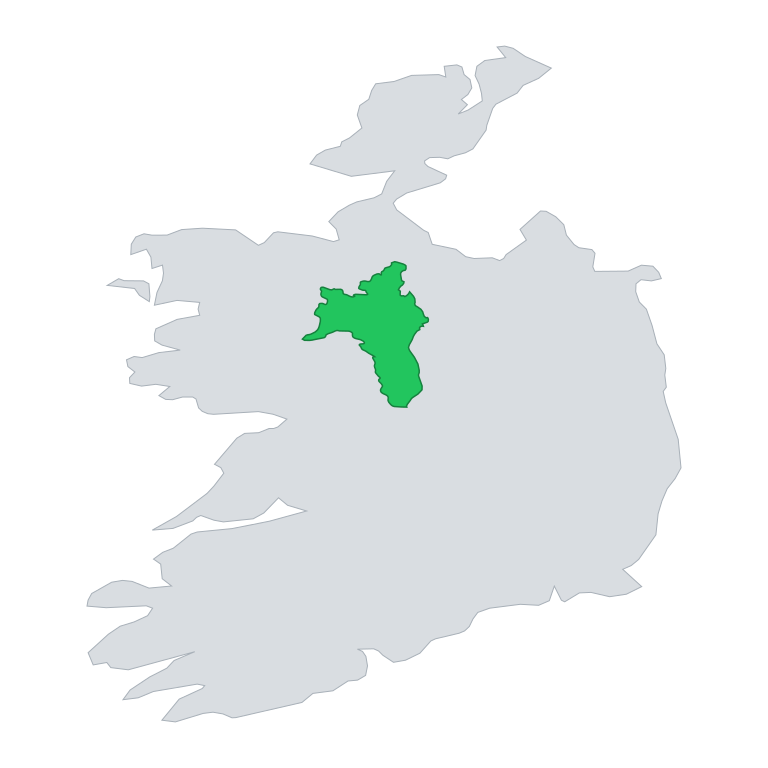 where Roscommon sits in Ireland
{"feature_id": "IRL-727", "entity_name": "Roscommon", "entity_type": "County", "adm_level": 1, "iso_a3": "IRL", "parent_name": "Ireland", "parent_adm1": "", "projection": "natural_earth1", "projection_center": [-8.318, 53.695], "detail": "fine", "context": "in_parent", "style": "filled", "palette": "green", "viewbox_px": 768, "rotation_deg": 0, "n_neighbors": 0, "source": "natural_earth", "source_scale": "10m", "svg_char_len": 7792}
<svg xmlns="http://www.w3.org/2000/svg" viewBox="0 0 768 768"><path d="M517.1,93.1L495.9,104.2L492.7,108.4L486.8,125.3L486.1,130.1L472.9,148.9L465.4,152.8L454.2,155.8L447.8,158.8L439.8,157.3L429.6,157.6L424.6,160.9L424.8,163.5L427.9,166.5L446.7,175.2L445.6,178.8L440.3,182.8L406.7,193.0L396.6,199.1L393.2,203.2L396.7,209.9L423.7,230.3L428.2,232.5L432.2,244.3L456.0,249.3L465.7,256.7L474.1,258.5L492.3,257.8L499.6,260.6L503.7,258.5L506.1,254.6L526.4,240.1L520.0,229.4L540.5,211.0L546.1,211.3L555.8,216.8L563.8,224.7L566.4,235.1L574.0,244.5L578.8,247.7L591.9,249.6L595.0,253.3L592.8,266.9L594.8,271.4L628.1,271.1L641.4,265.2L652.9,266.2L658.7,272.3L661.3,278.6L651.4,280.9L641.0,279.7L636.0,283.8L635.7,291.7L639.3,302.0L646.4,309.2L652.1,325.6L656.9,343.8L664.2,354.8L665.8,368.4L664.8,375.1L666.3,387.2L663.2,391.4L665.7,402.8L678.2,439.3L681.0,467.9L675.1,478.6L667.2,488.7L662.0,500.8L658.1,513.8L655.9,534.8L638.7,559.4L631.3,565.5L622.7,569.3L641.7,586.6L626.4,594.2L609.6,596.7L591.0,592.4L579.4,592.9L564.7,601.8L561.4,600.2L554.3,586.1L549.3,600.7L538.6,605.3L520.3,604.3L489.6,608.2L477.8,612.4L473.0,618.9L469.3,626.5L464.6,630.9L459.2,633.2L435.5,638.8L430.8,641.0L419.9,653.2L405.5,660.2L393.5,662.3L382.9,655.3L378.6,651.0L373.7,648.8L357.4,649.2L362.5,651.4L365.9,656.4L367.5,665.9L365.6,675.4L357.6,680.1L348.0,681.0L332.9,690.8L312.9,693.4L302.0,702.4L235.8,717.6L232.0,717.8L222.9,713.9L213.0,712.2L203.2,713.4L175.4,721.9L161.9,720.2L179.2,699.1L202.3,688.5L204.7,685.6L197.2,684.1L153.4,691.5L138.2,697.8L123.0,699.7L130.1,690.0L149.8,676.9L166.8,668.2L174.1,660.5L194.8,651.7L128.3,669.8L110.8,667.6L106.8,662.5L93.2,664.9L88.1,652.7L108.4,634.2L120.2,626.2L134.2,621.9L147.6,615.7L152.6,608.2L146.3,605.8L106.2,607.7L87.0,606.1L88.1,600.1L91.7,593.5L111.7,582.2L122.5,580.4L132.1,581.4L149.0,588.1L171.6,586.0L162.2,578.7L160.7,564.1L153.5,559.1L162.8,552.3L173.3,548.2L191.0,534.1L197.2,532.0L232.0,528.6L269.4,521.2L306.6,511.0L287.6,505.3L278.5,497.8L263.8,513.0L253.2,518.8L223.4,521.9L214.0,520.2L200.8,515.5L196.6,517.3L192.8,520.9L173.0,528.4L152.3,530.1L176.5,516.5L207.2,493.3L214.0,486.0L223.8,473.2L220.8,467.6L214.5,464.3L236.8,438.2L244.6,433.4L258.7,432.7L269.1,428.5L273.7,428.5L277.8,427.0L286.9,419.1L272.9,414.2L258.4,411.6L213.6,414.3L207.8,413.7L202.2,411.3L198.6,407.9L196.0,399.0L192.7,397.0L182.6,397.0L172.6,399.7L165.7,399.4L158.9,395.6L169.8,386.5L155.8,384.3L141.6,386.1L129.8,383.4L129.5,377.7L134.9,372.0L127.9,366.6L126.5,359.8L134.1,356.5L142.2,357.6L158.9,352.6L180.2,350.1L162.0,345.1L154.7,340.9L154.4,334.4L155.9,328.8L177.1,319.4L199.7,315.3L198.1,309.1L199.7,302.4L177.0,300.4L154.4,305.2L157.0,292.4L162.4,280.8L163.5,273.2L162.5,265.1L152.0,268.5L150.9,257.1L146.4,249.2L130.8,254.6L131.3,244.2L135.8,237.0L144.0,233.8L152.1,235.2L167.1,235.1L181.6,229.6L202.4,228.2L235.6,229.9L258.4,245.3L264.3,242.6L273.5,232.8L277.8,231.8L312.2,236.0L333.5,241.6L339.2,239.8L336.2,229.1L328.8,221.6L338.1,211.8L349.3,205.2L356.8,201.9L374.1,197.8L381.7,193.9L386.7,181.3L394.7,170.8L351.3,176.3L310.0,163.9L316.6,155.1L325.3,150.1L340.3,146.3L341.8,141.8L349.4,138.0L361.9,128.0L357.3,115.0L359.8,105.5L368.8,99.3L371.7,90.4L375.7,83.8L394.0,81.5L411.6,75.4L438.8,74.6L445.8,77.0L444.2,66.3L456.9,64.9L461.9,67.0L464.1,74.6L470.0,79.5L471.8,87.9L467.9,94.5L461.4,99.5L467.4,104.7L458.2,114.0L468.2,110.0L482.3,100.9L481.5,93.4L479.1,84.1L475.1,75.6L476.9,66.3L484.8,60.5L505.7,57.6L497.1,47.0L504.7,46.1L513.1,48.3L525.3,56.5L551.3,68.1L538.7,78.3L523.1,85.4L517.1,93.1ZM149.9,296.6L149.3,301.6L139.4,295.3L134.6,288.5L107.2,285.4L118.7,278.7L124.2,280.7L143.5,280.9L148.9,283.8L149.9,296.6Z" fill="#d9dde1" stroke="#a8b0b8" stroke-width="1"/><path d="M420.5,391.4L418.0,394.0L412.4,397.7L411.3,398.8L410.2,400.5L407.3,404.3L406.5,406.1L406.8,407.1L402.0,407.0L394.2,406.5L392.7,406.0L391.7,405.4L390.7,404.5L388.9,402.4L388.3,401.2L388.0,400.2L388.2,398.2L388.2,397.8L388.2,397.3L387.7,396.2L386.9,395.5L385.8,394.8L383.3,393.7L382.0,392.9L381.1,392.1L380.6,390.9L380.5,390.1L380.7,389.3L381.3,388.2L382.3,386.6L382.5,386.0L382.3,385.4L381.7,384.3L381.2,383.6L379.2,381.6L378.7,380.8L378.7,380.0L378.9,379.4L379.9,378.6L380.2,378.2L380.1,377.7L379.7,377.3L378.2,376.0L376.7,374.1L376.2,373.6L375.8,373.0L375.4,372.3L375.4,371.6L375.6,370.3L375.5,369.6L375.2,368.5L374.8,367.7L374.5,366.6L374.4,365.9L374.5,365.2L375.1,363.4L375.1,362.9L375.0,362.4L374.7,361.5L372.8,358.2L372.7,357.6L372.9,357.1L373.4,356.8L374.6,356.7L373.9,356.1L369.0,353.4L365.7,351.1L362.5,349.6L361.7,348.8L361.3,348.0L361.1,347.4L360.7,346.7L359.3,345.1L359.4,344.5L359.9,344.2L360.6,344.0L363.3,343.8L364.1,343.5L364.4,343.1L364.3,342.5L364.0,342.0L363.6,341.5L363.0,341.0L360.5,339.7L359.4,339.4L355.9,338.6L354.4,338.0L353.3,337.3L352.9,336.8L352.6,336.2L352.5,335.6L352.4,335.0L352.5,333.4L352.2,332.8L351.5,332.2L350.4,331.6L349.5,331.3L348.7,331.1L339.5,330.9L337.8,330.5L336.8,330.5L335.6,330.8L332.4,332.3L327.9,333.8L326.7,334.5L325.9,335.1L325.8,335.8L325.5,336.5L325.1,337.0L324.7,337.4L324.0,337.7L313.4,339.8L312.7,340.0L309.7,340.4L304.5,340.3L302.4,339.1L306.1,335.3L308.0,334.7L308.8,334.7L309.6,334.5L311.0,334.1L314.8,332.2L315.3,331.9L317.6,329.8L318.4,328.4L319.2,326.4L320.3,321.6L320.4,319.6L320.3,318.2L320.0,317.7L319.6,317.2L319.1,316.8L314.7,314.5L314.6,313.7L314.8,312.5L315.9,310.2L316.8,309.0L318.0,307.9L318.6,307.2L318.9,306.2L318.9,304.7L319.2,304.1L319.7,303.6L320.9,303.4L321.9,303.4L322.8,303.5L324.8,304.4L325.6,304.5L326.4,304.2L327.0,303.4L327.5,301.5L327.5,300.4L327.4,299.5L326.9,299.1L322.3,296.9L321.9,296.5L321.5,296.1L321.2,295.5L321.0,294.8L320.9,294.2L321.0,293.5L321.6,291.1L321.3,290.6L320.5,289.6L320.4,288.9L320.6,288.3L321.1,287.5L322.1,287.2L323.5,287.3L330.0,289.7L331.7,289.9L334.1,288.8L335.3,289.4L336.0,289.4L340.5,289.3L341.3,289.5L341.9,289.8L342.4,290.3L342.7,290.8L342.9,291.5L343.1,292.9L343.2,293.5L343.7,293.9L344.3,294.3L346.6,294.7L349.6,296.2L351.0,296.7L351.9,296.9L352.8,296.9L353.6,296.8L354.3,296.5L354.7,296.2L354.4,295.7L353.9,295.6L353.5,295.3L353.8,294.9L354.4,294.6L355.8,294.3L366.7,294.8L367.3,294.6L367.7,294.2L367.4,293.5L366.5,292.6L366.2,292.0L366.0,291.4L365.8,290.8L365.3,290.4L364.6,290.3L362.9,290.2L362.2,290.0L359.4,288.9L359.0,288.6L358.8,288.4L358.7,288.1L358.9,287.4L359.1,286.6L360.3,284.7L360.4,283.7L360.3,282.9L360.4,282.3L360.9,281.8L363.2,281.1L364.5,281.0L365.6,281.1L367.3,281.5L368.1,281.6L369.7,281.4L370.1,281.0L370.7,280.4L371.5,278.8L372.2,276.9L372.9,276.0L374.1,275.2L376.9,274.0L378.3,273.8L379.3,273.9L380.3,274.7L380.8,274.9L381.3,274.8L381.4,273.9L381.3,273.2L381.3,272.6L381.7,271.8L383.1,271.0L383.9,270.2L384.5,268.9L385.0,268.1L386.4,267.6L389.0,266.9L390.4,266.2L390.9,265.5L391.6,264.6L391.5,262.9L394.7,261.7L397.1,262.2L403.4,264.1L405.1,265.0L406.0,265.9L406.0,268.1L406.0,268.8L405.7,269.4L405.4,269.9L405.0,270.3L403.5,270.5L401.8,271.5L400.7,272.9L400.6,274.8L401.5,279.9L401.9,280.8L404.0,281.8L403.7,283.3L402.7,284.7L402.1,285.3L401.2,285.8L399.4,287.8L398.4,289.8L399.8,290.7L400.3,291.3L400.1,294.2L400.3,295.3L401.3,295.9L403.8,295.8L404.8,296.6L406.5,295.7L407.9,294.5L408.9,293.2L409.6,291.8L413.5,296.3L414.8,298.8L415.1,302.4L414.7,303.5L415.0,305.0L415.6,305.8L417.8,307.1L419.3,308.2L420.9,309.3L422.7,311.8L423.4,314.2L424.3,316.4L426.2,317.9L427.2,317.5L428.0,318.1L428.4,319.6L428.1,321.5L427.2,322.2L422.4,323.9L422.8,324.6L423.4,326.3L422.1,326.1L421.1,326.4L420.3,326.8L419.7,327.4L419.5,328.0L419.7,328.9L419.8,329.6L417.0,331.1L414.5,334.4L413.3,336.6L412.3,339.3L411.6,340.7L409.4,344.6L408.8,346.3L408.5,347.6L408.7,348.2L409.1,349.5L409.9,351.0L414.4,357.3L417.9,364.0L419.2,370.2L419.2,372.6L418.5,374.7L418.6,376.1L422.1,386.0L422.0,389.8L420.6,391.3L420.5,391.4Z" fill="#22c55e" stroke="#15803d" stroke-width="1.5"/></svg>